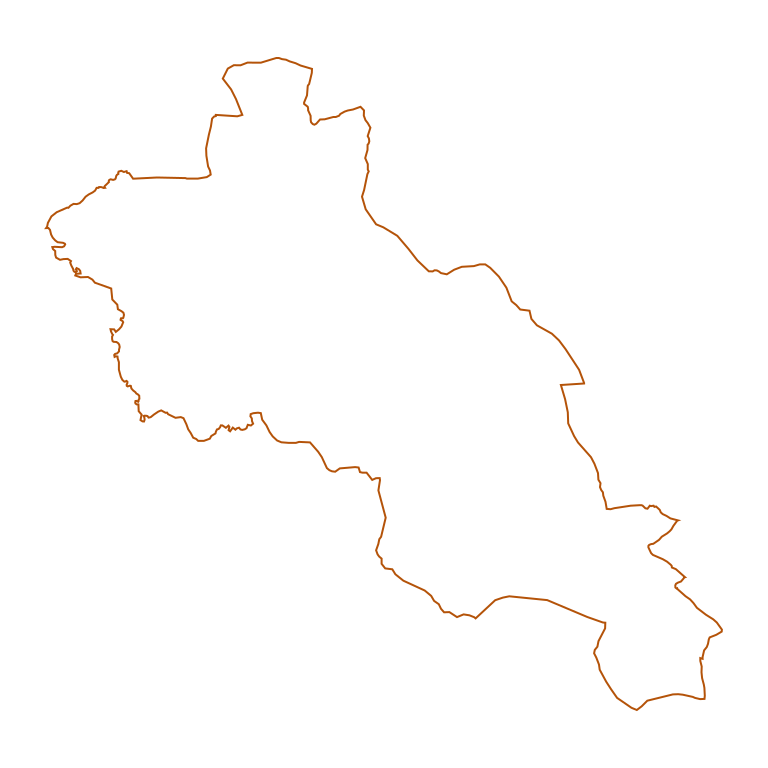 Kalambo, Rukwa, United Republic of Tanzania (Mercator projection)
{"feature_id": "72390352B91916326383066", "entity_name": "Kalambo", "entity_type": "district", "adm_level": 2, "iso_a3": "TZA", "parent_name": "United Republic of Tanzania", "parent_adm1": "Rukwa", "projection": "mercator", "projection_center": [31.558, -8.538], "detail": "fine", "context": "isolated", "style": "outline", "palette": "amber", "viewbox_px": 768, "rotation_deg": 0, "n_neighbors": 0, "source": "geoboundaries", "source_scale": "gbopen_adm2", "svg_char_len": 6034}
<svg xmlns="http://www.w3.org/2000/svg" viewBox="0 0 768 768"><path d="M365.2,158.1L367.5,150.0L367.6,144.7L368.6,143.6L369.3,141.3L368.9,138.4L367.7,136.1L370.4,127.7L367.7,123.0L365.5,120.2L363.8,115.6L364.0,110.4L360.5,106.8L353.0,109.5L347.8,110.5L344.6,111.6L340.3,114.0L339.1,115.7L335.8,117.0L333.3,117.0L324.7,119.3L320.0,119.5L316.3,123.7L314.4,124.7L312.8,124.1L311.1,122.3L310.7,120.3L310.6,115.8L308.1,110.3L308.1,108.3L307.7,106.7L304.1,103.9L304.1,102.5L307.0,95.4L307.7,86.5L307.9,85.5L309.1,84.1L309.8,81.3L311.8,72.9L312.0,68.9L300.5,65.5L295.6,63.2L289.7,61.4L286.0,59.7L281.9,59.1L278.9,58.0L276.2,58.0L260.8,62.7L247.5,62.6L240.5,65.3L233.8,65.2L227.8,68.6L222.8,78.6L231.1,89.4L236.0,99.1L242.3,114.9L237.3,116.3L215.8,114.9L215.8,116.1L214.1,116.5L212.1,118.6L210.9,126.6L208.9,134.6L206.1,148.4L206.4,155.8L208.1,166.5L210.0,170.5L210.7,174.6L206.8,177.1L197.8,178.6L186.9,178.6L185.4,178.1L157.1,177.5L133.1,178.7L129.2,173.2L127.1,172.9L126.6,171.2L123.9,172.0L121.3,170.8L118.6,171.6L118.2,172.9L118.4,173.9L116.9,174.9L116.3,175.8L115.6,178.6L114.8,179.4L113.1,179.9L110.7,179.3L109.3,179.9L108.7,181.1L108.9,182.1L104.9,185.9L104.3,186.9L105.0,187.8L103.6,188.0L101.7,187.2L99.9,187.0L98.7,187.2L98.5,187.9L96.6,187.9L95.1,190.6L92.7,192.4L88.8,194.4L85.6,196.7L82.6,200.5L79.6,203.2L76.8,204.1L73.5,203.9L70.4,205.7L68.4,207.8L67.2,207.6L56.7,212.2L51.4,216.4L47.9,222.9L47.1,226.7L46.1,228.1L48.4,228.0L50.0,229.9L51.1,234.5L52.7,237.6L55.2,240.4L57.6,242.2L63.0,242.8L64.9,243.7L65.2,244.4L64.1,246.3L62.1,247.2L54.7,246.8L52.3,247.1L53.0,249.1L55.2,251.0L55.3,255.0L56.1,257.6L60.0,259.8L63.5,259.1L67.7,258.9L71.0,261.1L70.2,262.6L71.3,265.5L73.1,268.9L73.5,270.7L74.2,271.6L75.5,272.3L76.9,271.1L75.8,269.4L76.6,268.1L78.9,269.2L80.2,270.9L80.6,273.5L76.0,273.8L75.3,275.5L80.5,277.3L88.0,277.0L92.4,279.6L94.9,282.7L111.2,288.5L112.3,299.5L117.3,304.7L117.9,309.2L121.5,311.2L123.4,312.7L124.0,314.9L123.3,317.8L123.0,318.2L121.0,318.3L120.6,319.4L120.6,320.0L122.5,321.0L123.2,322.2L121.4,326.6L118.9,329.4L115.8,331.9L114.2,329.4L110.5,329.2L111.0,331.4L112.3,334.1L113.0,334.9L112.1,336.5L112.1,339.1L112.6,341.1L113.5,341.8L116.5,342.0L118.3,343.3L119.2,344.6L119.7,347.0L119.0,349.7L119.0,351.4L117.1,353.4L115.1,353.9L114.2,355.0L114.6,356.9L115.8,356.3L117.5,356.5L117.7,358.5L118.9,362.2L118.9,369.7L120.8,376.7L122.3,379.8L124.1,381.5L124.8,381.7L126.5,380.9L127.4,381.7L127.4,383.0L126.6,384.8L126.8,385.9L127.7,386.4L129.9,385.7L130.8,385.9L131.4,388.5L133.2,390.5L135.4,392.2L136.3,393.5L137.9,394.4L139.2,395.7L139.4,398.8L138.7,399.5L138.5,401.4L138.2,401.8L136.6,400.9L135.5,401.0L135.2,402.6L135.5,403.5L136.7,404.4L138.4,404.4L138.7,411.2L141.6,414.6L140.5,420.1L142.5,421.4L144.0,421.5L144.6,419.8L144.4,417.7L143.7,416.0L144.5,415.7L146.5,415.8L147.5,416.1L148.6,417.6L149.8,417.4L150.9,417.0L154.0,414.5L158.3,411.6L161.2,410.4L165.6,412.8L167.1,412.6L168.1,414.2L175.5,417.8L180.8,417.1L183.5,418.2L186.4,424.3L188.2,429.3L190.7,433.0L193.2,437.7L196.2,439.0L198.2,440.9L203.8,440.9L209.8,438.7L211.3,436.0L215.5,433.4L215.9,431.6L217.0,429.4L218.6,429.0L220.1,427.2L220.8,425.4L222.3,425.4L225.9,427.8L228.5,425.6L229.4,426.9L228.6,430.2L230.1,431.3L232.8,427.6L235.4,429.7L236.8,428.4L239.0,427.7L240.5,429.5L242.3,429.9L244.8,429.3L246.5,428.2L247.8,424.8L250.9,425.5L253.1,423.7L252.0,421.1L251.8,418.4L250.4,416.3L250.7,414.1L253.3,413.2L258.0,412.7L260.8,413.1L262.2,419.7L266.4,425.4L269.6,432.0L272.7,436.4L277.1,440.5L281.4,442.3L289.1,442.9L295.8,442.9L299.1,441.9L310.0,442.4L318.2,451.8L321.8,457.1L326.9,468.1L329.4,470.2L332.0,471.3L335.2,471.7L339.8,468.4L355.1,467.1L358.6,467.5L360.0,472.1L362.6,472.7L366.6,472.7L372.2,479.9L376.0,478.2L379.7,478.1L380.0,480.1L378.4,490.4L385.7,517.7L381.1,536.8L379.3,539.2L378.3,544.1L376.1,550.3L377.6,554.4L379.2,556.6L381.6,558.6L381.6,563.8L385.2,568.4L392.3,569.3L395.4,574.3L403.4,580.7L424.7,590.5L431.2,595.9L434.1,600.9L438.8,604.2L441.0,608.8L444.1,612.3L449.4,612.1L457.0,617.1L463.6,614.4L469.4,615.3L474.2,617.2L475.6,618.4L495.2,600.2L502.9,597.6L509.3,596.3L547.2,600.1L587.3,617.0L602.9,622.5L605.3,622.7L605.1,628.4L598.5,641.1L597.4,646.7L594.8,649.9L594.1,653.3L596.3,657.6L599.0,664.6L599.7,669.7L606.2,681.7L611.1,689.3L617.1,697.9L631.5,707.8L636.8,710.0L641.7,706.3L647.3,700.7L672.9,694.4L678.2,694.2L682.8,694.7L692.8,696.9L695.0,697.9L700.1,699.1L704.5,698.9L704.8,695.7L704.4,687.9L703.8,684.5L702.1,678.1L701.5,672.3L701.7,666.5L700.3,660.9L700.3,658.1L702.6,658.8L702.6,657.0L704.1,650.4L706.8,647.0L708.0,643.8L708.8,639.4L709.7,637.4L716.3,634.8L721.7,631.6L721.9,629.6L716.8,622.5L713.2,619.3L705.9,614.7L696.9,607.8L693.5,603.1L690.1,599.4L685.5,596.2L677.5,589.1L677.2,588.3L676.7,588.6L675.4,587.5L675.3,585.3L676.0,583.8L678.0,582.6L681.0,581.5L683.9,578.1L684.0,577.4L685.0,577.2L675.8,569.1L671.9,567.5L671.7,565.9L670.8,564.8L667.1,561.7L662.8,559.2L652.9,554.9L651.1,553.1L648.4,547.4L648.4,545.9L649.2,544.9L651.1,544.1L653.3,543.8L659.1,539.8L661.8,536.7L667.1,533.4L669.6,531.3L671.4,529.4L673.5,525.7L677.2,520.7L678.0,520.4L670.4,518.4L666.5,515.9L662.7,514.1L660.8,512.4L659.7,509.8L656.1,506.5L654.4,506.9L653.6,505.7L651.0,506.1L649.8,505.7L647.5,508.7L645.4,508.3L642.6,505.6L641.5,505.2L639.4,505.2L630.7,505.7L614.3,508.2L610.6,509.2L606.7,508.9L605.5,501.8L603.3,495.7L602.9,492.3L601.2,490.0L600.0,487.1L600.5,483.2L598.4,479.7L598.0,473.1L594.4,463.7L591.0,457.2L578.0,442.5L574.1,436.1L568.2,423.4L567.8,412.3L565.1,399.2L560.9,385.0L584.1,383.5L584.1,383.0L579.1,369.8L565.6,349.2L559.0,340.4L551.9,333.7L536.9,325.3L531.4,318.9L529.5,310.7L520.2,309.5L516.3,305.1L511.7,301.4L506.4,287.7L498.9,276.6L490.2,267.8L485.3,264.4L479.8,264.4L473.9,266.1L461.8,266.8L454.2,269.7L446.8,274.3L441.0,273.1L438.8,271.4L436.8,270.4L434.5,270.3L432.7,271.4L428.8,271.3L417.4,260.4L408.4,248.8L397.3,235.8L383.3,227.3L376.1,224.3L365.7,209.3L362.0,196.7L364.1,190.0L367.4,174.1L368.7,171.4L367.8,169.6L367.8,164.1L365.2,158.1Z" fill="none" stroke="#b45309" stroke-width="2"/></svg>